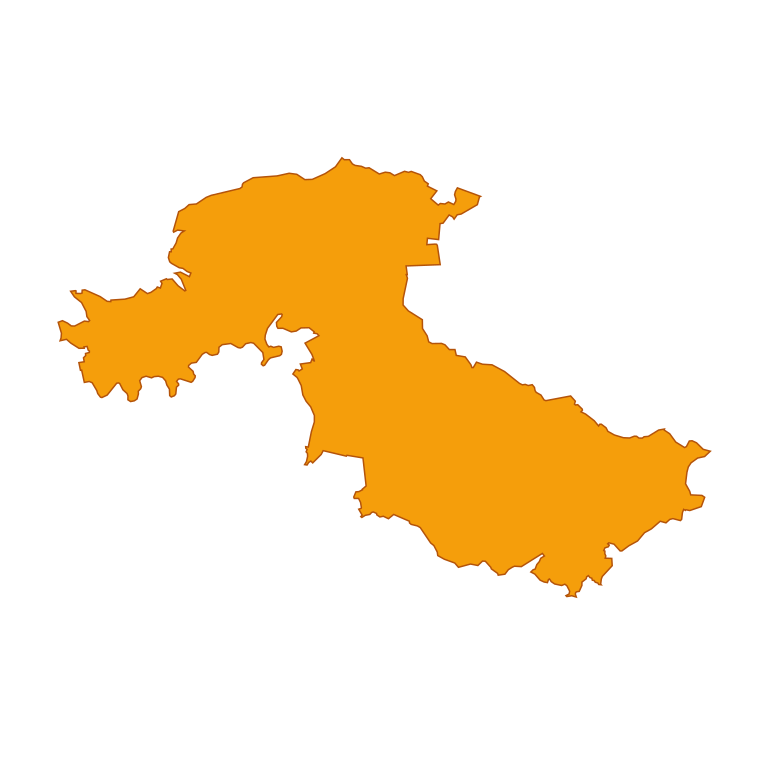 Fantanele, Mures, Romania (Natural Earth projection), rotated 355°
{"feature_id": "2599482B76650744260524", "entity_name": "Fantanele", "entity_type": "district", "adm_level": 2, "iso_a3": "ROU", "parent_name": "Romania", "parent_adm1": "Mures", "projection": "natural_earth1", "projection_center": [24.794, 46.398], "detail": "fine", "context": "isolated", "style": "filled", "palette": "amber", "viewbox_px": 768, "rotation_deg": 355, "n_neighbors": 0, "source": "geoboundaries", "source_scale": "gbopen_adm2", "svg_char_len": 6127}
<svg xmlns="http://www.w3.org/2000/svg" viewBox="0 0 768 768"><g transform="rotate(355 384 384)"><path d="M582.8,602.9L582.4,602.3L583.5,597.2L584.7,594.7L595.5,584.9L595.7,577.6L589.2,576.8L590.0,574.6L589.2,572.3L589.5,569.7L588.4,569.1L589.8,566.5L593.3,565.7L594.4,564.1L592.9,562.7L594.1,561.8L599.2,563.6L604.7,570.9L606.5,571.0L613.8,566.5L622.9,562.5L630.6,554.8L637.8,551.6L647.2,544.8L652.8,546.9L656.9,543.8L660.1,543.3L667.4,545.9L668.7,544.8L670.1,538.1L671.6,535.0L673.2,536.2L673.8,535.6L677.6,536.7L689.4,533.8L693.6,524.8L691.0,522.7L679.9,521.2L679.2,517.5L675.7,509.7L678.1,498.3L679.9,493.2L683.0,489.3L690.0,485.1L697.1,484.2L703.2,479.4L696.3,476.9L690.2,469.8L686.0,467.4L683.2,467.4L679.8,472.7L677.9,473.5L669.6,467.3L664.3,458.5L659.1,454.3L659.5,453.3L653.6,453.8L642.8,459.2L638.5,459.2L636.7,460.4L633.3,460.1L631.1,458.1L628.8,457.8L624.0,459.2L617.9,458.4L609.1,454.9L602.9,450.7L601.4,447.0L597.0,443.0L595.4,442.9L594.1,444.5L590.3,439.0L582.2,431.5L577.8,428.9L579.4,427.4L579.3,426.3L575.2,421.5L572.9,421.6L572.0,420.7L573.1,417.8L568.9,412.2L543.8,414.7L542.1,413.9L539.4,408.7L534.9,405.6L533.9,403.7L533.6,400.5L531.6,397.6L527.5,398.1L524.7,396.7L521.8,396.9L519.0,395.2L505.2,382.1L493.3,374.3L483.9,372.9L478.0,370.3L474.4,375.4L473.0,375.3L472.2,372.3L467.3,364.1L458.5,361.8L457.7,355.9L452.1,355.4L448.2,350.3L444.9,348.6L435.4,347.9L432.2,345.9L431.2,339.8L427.2,332.1L427.8,323.3L414.6,313.3L409.9,307.0L410.5,300.7L416.6,280.7L415.7,277.0L416.7,277.1L416.3,268.3L450.4,270.0L449.2,250.7L448.6,249.4L447.0,249.1L438.8,248.9L440.0,242.6L451.0,244.9L453.8,229.1L456.9,228.9L463.6,221.3L466.9,223.5L468.2,225.9L471.7,221.8L475.7,221.4L492.6,213.5L495.4,206.0L496.5,205.5L474.2,195.0L471.9,198.4L470.8,201.6L471.8,206.1L471.4,208.2L469.2,211.3L464.0,208.3L460.4,210.0L455.8,209.1L453.6,210.5L446.7,203.5L453.5,196.2L444.5,190.7L445.5,188.4L441.9,185.4L440.2,180.8L438.3,178.6L429.6,174.6L426.9,175.3L423.0,173.9L412.6,177.3L408.3,174.1L403.7,173.1L397.6,174.4L388.0,167.3L384.5,167.4L380.5,165.2L374.2,163.7L371.7,162.0L369.1,157.5L364.0,157.1L361.8,155.0L354.6,163.4L343.7,169.3L330.4,173.9L323.0,173.5L315.4,167.5L307.9,165.8L295.6,167.4L271.6,167.1L261.7,171.3L260.4,172.7L259.8,175.3L257.5,176.7L228.3,181.0L223.1,182.6L212.8,188.3L205.5,188.3L200.8,191.8L194.5,194.4L187.3,213.3L187.7,214.4L191.8,212.7L198.4,214.1L194.8,216.0L191.1,220.5L189.2,225.4L185.4,231.0L183.7,231.0L183.6,233.7L181.9,233.6L180.2,239.3L181.2,243.6L182.7,245.2L190.1,250.3L193.8,251.3L197.7,254.8L201.3,256.6L199.5,260.1L190.9,254.8L185.2,255.4L187.7,257.0L191.2,262.0L194.7,273.5L193.6,273.9L187.3,268.1L182.1,260.9L177.2,261.0L176.4,260.2L170.4,262.1L171.6,264.4L169.6,268.9L166.6,267.6L165.5,269.1L159.8,272.4L156.2,273.3L149.4,267.9L142.3,275.3L133.3,276.9L119.3,276.6L119.0,278.1L115.4,277.5L108.9,272.2L94.3,264.1L91.5,264.2L91.1,267.1L89.7,267.4L85.0,266.9L85.3,264.4L84.7,264.1L79.9,264.3L83.2,270.2L89.8,276.5L93.6,285.7L93.9,291.0L96.3,295.1L95.1,296.1L91.0,295.2L80.9,299.3L77.5,298.9L74.1,295.8L69.2,292.9L64.8,294.1L67.1,305.3L66.3,310.0L65.1,312.7L71.6,311.8L75.6,316.0L83.3,321.9L88.5,322.2L88.3,320.9L91.5,320.7L92.3,324.6L93.4,325.5L93.2,326.9L89.3,327.6L89.3,329.7L86.9,331.7L87.3,335.7L81.9,336.1L82.8,343.9L84.0,343.8L85.6,356.3L90.6,355.8L93.4,357.3L97.3,365.5L98.0,368.6L100.4,372.4L101.8,372.9L107.3,370.9L117.8,359.9L119.8,359.8L120.8,360.6L123.4,367.0L127.2,371.1L127.9,373.6L127.5,377.4L130.0,379.4L133.8,379.0L136.7,377.4L138.5,372.5L138.6,369.8L141.2,367.5L142.1,365.5L140.9,359.4L143.5,356.5L147.7,355.5L153.0,357.6L155.7,356.6L159.9,356.6L164.0,358.1L166.7,361.8L167.6,366.1L169.8,370.4L169.5,376.9L170.9,378.4L174.2,377.4L175.7,375.8L177.0,369.0L179.3,367.3L179.4,366.0L177.6,363.3L179.6,361.2L181.6,361.1L192.0,365.5L193.6,364.7L196.3,361.2L196.7,359.4L195.3,357.6L194.9,354.7L190.7,350.1L191.0,348.5L194.0,346.4L198.9,346.1L205.5,338.6L208.6,337.0L210.2,337.1L212.7,339.4L215.3,340.5L220.7,339.8L222.2,337.7L222.8,333.0L226.3,330.7L234.9,330.3L241.8,335.0L244.0,335.6L246.2,335.0L249.7,331.8L255.0,331.1L257.7,332.0L266.0,342.1L266.5,349.1L263.9,352.1L263.6,353.6L265.2,355.3L266.7,354.9L270.9,349.8L273.2,348.1L282.6,346.7L284.4,345.5L285.4,342.4L284.8,338.0L282.5,337.2L277.2,337.9L274.5,336.5L272.5,337.0L270.8,334.3L269.3,328.9L270.0,325.0L272.8,318.4L284.2,305.5L288.1,305.3L288.6,306.0L287.9,308.1L282.2,313.3L282.2,317.1L283.2,319.3L288.2,319.7L296.2,324.0L301.2,323.6L306.2,320.9L314.3,321.4L319.0,325.9L318.4,327.2L321.8,328.1L323.4,330.2L308.9,336.4L314.8,348.3L316.8,355.5L314.5,352.9L312.8,356.3L302.4,356.8L303.9,361.9L300.5,363.6L299.8,362.5L297.5,361.9L294.1,366.1L298.0,369.9L298.8,371.6L301.4,378.3L302.2,387.8L304.9,394.4L309.0,400.4L311.9,409.3L311.3,415.8L307.5,425.2L303.1,440.2L300.5,439.6L300.5,441.2L301.7,442.5L300.5,444.8L301.7,446.4L301.6,449.4L300.0,454.5L297.9,457.4L300.3,458.0L302.1,455.6L304.4,454.4L306.1,456.4L315.3,448.7L317.6,445.1L340.2,452.6L340.9,451.8L356.6,455.8L357.3,484.0L353.1,487.0L353.3,487.5L349.6,489.0L346.6,489.0L344.0,494.0L344.4,495.4L348.7,495.8L350.3,499.9L350.7,505.1L350.4,505.9L347.9,506.5L350.8,512.7L349.3,514.1L350.3,515.0L353.9,513.2L358.5,512.7L360.5,510.9L362.1,510.5L365.3,512.3L365.4,513.7L368.3,516.1L371.8,515.7L376.7,518.6L382.3,514.8L397.3,522.9L397.3,524.6L398.8,526.2L404.9,528.3L407.6,530.2L416.6,546.4L419.6,549.3L422.4,556.0L422.6,559.6L428.8,563.8L438.9,568.5L442.2,573.1L454.5,570.9L461.7,573.0L466.7,569.0L469.5,569.4L474.4,575.9L474.8,577.5L480.7,582.6L481.1,584.4L487.9,584.0L491.7,579.8L495.8,577.7L498.1,576.9L504.9,577.9L527.0,566.6L528.8,569.3L524.9,571.3L523.3,574.4L520.5,577.2L518.4,581.6L516.4,582.0L513.9,584.1L517.7,586.5L522.4,593.0L526.2,595.2L529.5,596.1L530.8,593.1L531.9,592.7L533.4,595.5L536.6,598.1L543.4,600.2L546.7,599.2L548.6,600.9L550.9,606.6L550.1,609.3L546.8,610.7L547.6,611.7L552.6,611.3L557.0,613.0L556.3,610.0L556.7,608.6L557.6,607.8L560.4,607.6L563.6,601.9L563.9,598.6L568.4,595.7L569.1,593.7L570.9,592.7L572.3,594.8L574.1,595.6L574.4,597.6L576.2,598.1L577.2,599.9L579.7,600.9L580.4,602.4L582.8,602.9Z" fill="#f59e0b" stroke="#b45309" stroke-width="1.5"/></g></svg>